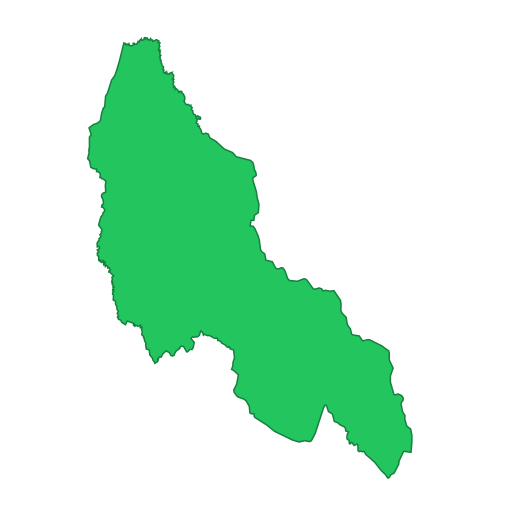 Mae Poen, Nakhon Sawan, Thailand (Equal Earth projection), rotated 190°
{"feature_id": "78962969B91694017140585", "entity_name": "Mae Poen", "entity_type": "district", "adm_level": 2, "iso_a3": "THA", "parent_name": "Thailand", "parent_adm1": "Nakhon Sawan", "projection": "equal_earth", "projection_center": [99.442, 15.681], "detail": "fine", "context": "isolated", "style": "filled", "palette": "green", "viewbox_px": 512, "rotation_deg": 190, "n_neighbors": 0, "source": "geoboundaries", "source_scale": "gbopen_adm2", "svg_char_len": 6103}
<svg xmlns="http://www.w3.org/2000/svg" viewBox="0 0 512 512"><g transform="rotate(190 256 256)"><path d="M381.8,171.8L380.8,171.8L381.0,170.6L380.3,169.7L378.1,169.4L376.7,167.3L372.6,165.7L371.6,169.5L364.2,168.4L363.9,167.6L364.8,167.4L364.8,166.8L363.1,165.7L362.2,167.0L360.1,166.2L357.7,167.7L357.6,165.6L356.2,166.2L355.6,165.6L356.4,164.8L354.7,161.0L355.0,159.6L354.4,158.1L352.7,157.3L352.2,156.4L352.4,155.7L351.6,155.2L351.0,153.0L349.4,151.2L348.7,147.1L347.9,146.5L347.9,145.3L344.8,144.9L343.4,140.1L340.3,137.4L339.2,135.2L337.9,134.4L337.0,132.7L334.7,134.8L334.1,136.8L335.1,137.1L335.1,137.8L334.2,138.3L333.9,139.6L331.9,139.9L330.7,143.6L328.0,146.9L324.4,145.7L322.6,143.3L320.7,143.0L319.3,144.1L319.2,145.8L317.9,148.9L315.0,151.6L315.2,152.4L314.3,154.1L311.5,154.2L307.7,149.6L306.8,149.7L304.9,152.4L302.7,152.9L301.9,155.2L301.9,160.3L305.5,163.2L305.6,163.9L304.7,165.0L299.9,166.1L298.5,167.4L298.0,168.1L297.5,172.5L295.2,171.4L294.0,168.9L293.3,169.9L289.5,169.1L288.3,169.7L282.8,167.8L279.8,168.3L279.0,166.2L278.1,166.4L275.2,165.2L275.0,164.5L270.8,163.0L268.4,161.2L267.5,161.2L266.8,162.1L265.6,161.0L265.4,160.0L261.8,159.6L259.5,152.1L260.2,147.0L259.7,143.8L260.4,140.1L257.7,139.2L252.7,135.9L252.8,126.3L254.7,120.2L253.8,117.9L250.8,115.0L249.4,114.1L242.8,112.9L240.2,111.3L236.5,106.7L234.8,100.5L233.6,99.8L230.4,100.1L229.9,97.7L229.2,96.9L216.0,91.4L207.1,86.5L188.1,81.1L181.4,80.3L175.8,82.6L170.9,82.5L169.4,83.7L166.9,91.5L163.1,118.3L162.2,120.9L161.1,121.2L160.4,120.7L157.6,115.3L153.9,114.0L153.0,113.0L150.2,106.7L146.3,105.9L144.3,104.5L139.2,103.0L138.0,101.8L137.3,99.3L134.4,98.9L135.2,95.8L134.9,92.4L134.2,91.3L132.3,90.6L131.5,87.5L130.5,87.3L130.1,88.6L129.3,89.1L126.5,86.4L124.1,88.2L123.5,88.1L122.7,86.9L121.7,82.0L120.4,81.3L119.3,82.0L117.5,81.7L115.4,82.2L113.4,79.6L103.4,73.6L95.5,66.5L90.8,63.4L87.5,60.2L86.2,61.1L85.3,63.9L82.3,66.2L79.3,75.6L79.5,78.9L76.7,89.3L69.3,89.6L70.2,100.1L71.4,106.7L73.6,112.4L78.0,114.7L81.1,121.0L81.6,124.8L84.5,127.9L87.5,135.4L87.3,137.3L86.2,139.3L86.3,141.6L88.5,143.9L91.0,144.5L92.3,144.8L94.9,143.3L96.2,143.8L101.7,155.0L102.8,161.4L101.5,169.4L106.7,176.7L107.8,183.2L108.8,185.5L116.4,189.3L129.5,193.2L131.2,193.1L136.3,190.9L140.4,195.2L147.0,195.1L148.3,195.7L150.4,200.7L153.5,203.5L154.7,205.7L156.5,211.2L161.4,214.7L163.0,217.1L163.9,223.6L165.2,227.1L173.3,235.4L176.9,234.2L181.6,234.3L184.0,233.3L185.6,235.0L188.2,235.5L192.4,233.5L193.9,233.6L201.9,241.3L203.6,242.0L204.9,241.9L210.9,238.3L218.6,237.7L220.8,239.2L224.9,246.4L227.1,248.7L228.9,249.0L231.7,247.1L233.3,247.0L234.7,247.7L238.9,253.2L245.5,253.6L247.8,259.7L251.3,261.3L252.6,263.0L255.5,272.2L257.2,275.8L261.9,282.8L264.0,284.8L267.1,284.6L267.0,290.4L264.3,290.7L264.6,295.8L261.2,299.1L262.1,307.5L265.1,313.9L266.7,319.2L272.4,330.5L272.5,332.6L269.9,335.1L269.8,336.1L271.3,339.4L272.6,340.7L273.9,344.8L275.5,347.6L278.0,349.2L292.7,350.3L297.0,353.8L305.8,355.8L315.4,362.0L322.0,364.4L324.2,367.8L326.7,368.2L329.4,367.0L330.5,367.3L332.4,371.1L334.0,372.6L334.3,374.1L335.7,373.6L336.1,375.9L337.6,376.3L338.1,377.3L337.5,378.4L338.1,381.0L334.8,380.9L334.4,381.4L334.8,382.9L338.0,383.9L339.1,382.2L340.4,384.5L342.2,384.9L343.3,386.8L343.4,387.8L345.2,389.3L344.6,391.0L346.0,391.8L346.3,393.2L347.5,392.6L348.8,393.5L351.1,393.0L352.7,394.5L353.9,396.3L353.3,397.1L353.7,400.1L355.8,403.0L357.1,403.5L357.5,404.8L358.2,405.2L358.9,404.5L359.4,405.0L360.5,403.8L361.0,405.1L363.3,406.8L364.5,406.0L364.6,407.5L365.7,408.9L366.5,408.2L366.4,409.2L367.7,411.3L367.1,412.9L368.1,414.4L367.6,415.7L368.9,415.8L368.3,416.7L368.5,419.8L370.6,421.3L370.4,422.3L373.0,420.8L373.2,419.8L375.3,420.2L375.8,421.4L376.1,420.2L376.8,421.3L377.6,420.1L379.0,421.0L378.9,423.1L380.1,423.4L379.8,425.9L381.7,427.5L382.1,428.9L383.3,430.3L383.2,431.6L384.1,432.4L384.1,433.2L384.8,433.3L384.9,435.4L385.6,435.9L384.6,437.0L385.4,437.5L386.2,439.8L385.7,440.2L386.5,440.8L386.1,441.7L387.4,441.6L386.9,442.8L387.8,442.8L387.6,444.7L387.0,445.7L388.1,446.7L387.6,449.2L389.6,449.2L388.9,450.8L391.5,451.8L394.9,449.4L395.6,450.8L396.9,450.5L397.5,451.8L398.1,450.4L399.4,450.1L400.1,451.0L400.7,450.6L401.0,451.7L402.8,451.8L402.9,450.9L403.5,451.7L403.9,451.4L404.1,449.3L405.6,448.7L406.5,449.8L406.5,448.8L407.3,449.1L408.1,448.0L408.3,446.5L409.4,446.8L409.4,445.7L410.7,443.6L412.0,443.6L412.7,444.4L413.9,444.1L413.4,442.7L415.4,441.1L416.9,441.3L418.0,443.0L418.5,441.6L419.7,442.4L420.4,441.4L421.1,441.5L421.7,442.7L422.4,442.3L423.1,442.8L424.4,424.0L425.5,414.6L426.4,409.1L428.8,404.1L430.5,390.9L431.9,387.2L430.9,376.5L432.1,375.1L432.8,369.6L432.8,362.2L435.0,359.5L439.1,357.1L442.7,353.2L439.4,347.0L440.7,344.1L438.7,332.9L439.1,332.8L438.8,330.1L438.3,329.2L438.7,322.6L436.6,321.0L434.0,314.6L430.9,313.7L428.1,313.9L427.7,311.4L426.1,311.6L424.0,310.3L423.4,308.9L423.4,306.2L422.2,306.3L421.6,305.4L420.2,305.4L417.1,303.9L416.7,302.5L416.7,299.6L415.1,292.8L417.5,291.4L418.7,289.3L418.4,287.5L416.7,285.3L415.5,282.0L415.6,280.2L416.6,279.5L416.6,277.4L415.0,277.4L412.9,274.9L413.0,273.6L414.1,272.2L414.1,270.3L415.6,267.2L416.4,259.7L416.2,258.9L412.3,255.2L412.1,253.9L412.7,253.0L412.1,251.9L413.5,249.8L412.3,248.9L412.3,247.7L413.6,245.8L413.3,244.0L414.2,242.9L414.7,240.8L413.9,237.4L412.4,238.4L411.3,236.3L413.4,234.4L411.6,232.7L412.8,231.4L412.3,229.1L410.9,228.2L410.1,224.4L408.8,223.7L408.8,224.7L408.2,225.0L407.9,223.5L406.9,222.8L406.0,223.6L405.7,225.1L405.3,225.0L405.2,223.5L403.3,223.8L403.3,223.0L404.8,222.3L404.4,220.7L403.2,221.1L402.5,219.5L401.7,220.9L400.5,220.1L399.7,218.3L398.5,219.0L397.2,217.4L397.2,216.1L398.1,216.2L398.2,214.7L397.5,214.9L392.7,211.6L394.2,210.0L393.4,208.1L393.7,205.8L392.9,205.6L393.2,204.9L392.1,204.1L392.9,203.4L391.3,201.8L391.5,201.0L390.4,200.8L391.3,199.9L391.0,199.1L391.2,197.9L390.3,198.0L391.0,196.8L390.0,196.4L390.8,195.1L390.6,193.4L389.5,192.8L389.0,187.9L386.5,187.1L386.0,184.3L384.2,181.8L383.6,179.2L382.0,177.9L382.7,175.3L381.3,174.0L381.8,171.8Z" fill="#22c55e" stroke="#15803d" stroke-width="1.5"/></g></svg>